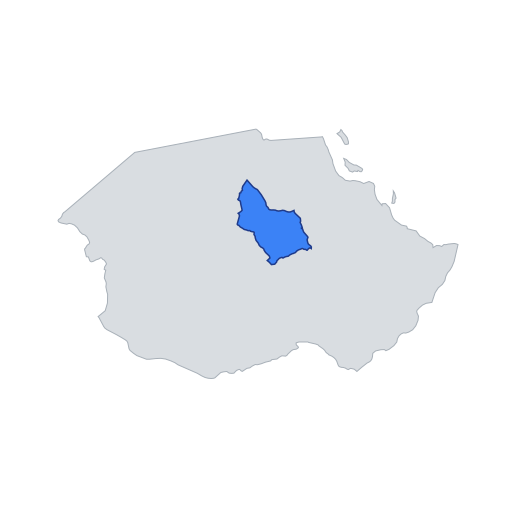 where Dodoma sits in United Republic of Tanzania, rotated 320°
{"feature_id": "TZA-3385", "entity_name": "Dodoma", "entity_type": "Region", "adm_level": 1, "iso_a3": "TZA", "parent_name": "United Republic of Tanzania", "parent_adm1": "", "projection": "orthographic", "projection_center": [35.912, -5.778], "detail": "fine", "context": "in_parent", "style": "filled", "palette": "blue", "viewbox_px": 512, "rotation_deg": 320, "n_neighbors": 0, "source": "natural_earth", "source_scale": "10m", "svg_char_len": 5923}
<svg xmlns="http://www.w3.org/2000/svg" viewBox="0 0 512 512"><g transform="rotate(320 256 256)"><path d="M199.8,345.8L195.0,343.4L190.7,341.9L187.2,340.2L185.6,338.6L182.3,337.9L179.4,337.7L176.8,336.2L171.4,335.6L170.8,334.6L170.6,332.4L169.7,331.8L167.7,331.2L165.6,331.3L164.3,331.6L163.5,331.4L161.7,330.1L160.1,328.4L159.4,325.7L156.9,324.0L154.1,322.6L146.1,322.9L144.9,322.4L143.0,321.1L140.7,318.8L138.9,316.3L137.3,312.8L135.6,308.0L126.3,289.2L125.3,285.6L123.4,281.7L120.5,276.8L117.3,273.2L113.1,270.0L108.3,266.8L105.7,264.6L100.7,255.7L99.6,251.6L98.8,247.3L99.1,245.5L102.1,239.9L102.4,238.3L102.0,236.2L100.5,231.8L98.5,226.4L94.5,216.7L93.9,214.2L94.0,212.3L96.1,202.3L96.1,200.9L105.3,201.0L111.9,196.6L117.7,190.0L118.9,187.3L121.2,183.1L123.5,181.0L124.4,179.5L125.7,175.3L128.8,172.5L131.8,170.3L131.1,168.7L131.6,168.2L133.2,167.0L136.4,166.0L137.0,163.8L137.0,161.3L136.4,160.0L136.5,158.4L136.0,157.5L134.0,157.3L130.9,156.1L128.3,155.6L126.5,154.9L125.9,154.3L125.6,152.9L127.0,149.0L125.6,147.5L128.7,141.1L129.3,140.4L130.5,140.3L132.3,139.6L134.0,139.2L135.4,139.5L136.5,139.2L137.4,138.5L138.1,136.3L138.8,132.7L138.4,129.8L137.1,127.6L136.7,124.2L137.3,119.6L136.8,115.7L135.3,112.7L133.8,110.9L131.5,110.0L127.9,105.4L126.8,103.2L127.0,101.7L128.2,101.1L130.5,101.3L132.7,100.8L134.7,99.5L136.7,99.1L137.7,99.3L229.7,98.7L337.4,158.7L337.9,159.4L338.7,164.6L338.5,166.3L336.9,169.3L336.4,170.8L336.4,171.9L336.8,172.4L338.2,172.5L339.4,173.2L339.8,173.8L340.7,176.0L341.9,177.2L382.6,206.8L383.6,207.3L383.0,209.7L380.6,215.7L380.5,218.2L379.6,221.2L378.7,223.1L376.3,231.5L374.3,234.7L371.6,242.1L371.2,247.7L372.6,251.7L373.1,255.4L376.2,259.1L378.7,260.4L380.4,262.1L383.4,265.9L385.1,269.7L390.5,271.6L392.6,275.9L391.8,278.9L389.3,281.3L386.9,285.2L385.0,290.4L384.9,298.3L386.2,297.1L389.0,299.1L389.3,304.9L386.3,311.7L385.4,314.9L385.2,317.6L387.3,325.8L390.5,329.9L390.2,331.2L389.4,332.3L394.8,339.7L394.3,346.0L396.3,351.0L397.1,355.3L398.4,358.6L398.7,360.9L397.0,363.4L401.0,364.0L403.3,366.1L404.4,368.1L407.3,368.0L408.8,369.4L411.0,370.5L416.0,373.9L417.3,375.6L418.1,377.1L404.3,387.5L399.3,390.1L395.7,391.4L391.9,392.0L388.3,393.6L384.9,396.2L380.6,397.5L375.3,397.5L369.7,399.2L360.9,404.6L355.9,401.6L351.9,400.6L347.3,400.7L344.5,401.1L343.5,401.7L342.6,403.5L341.8,406.5L338.8,409.4L333.5,412.2L328.6,413.2L324.2,412.5L321.2,411.3L319.6,409.7L317.3,409.0L314.3,409.1L311.3,410.2L308.5,412.4L304.0,413.3L297.9,413.0L294.6,412.0L294.2,410.2L291.5,408.1L286.6,405.6L282.9,405.6L280.6,407.9L278.5,409.4L276.6,410.0L274.8,410.0L272.3,409.4L265.6,409.2L259.1,409.3L258.5,405.9L257.1,403.9L256.0,402.7L253.8,402.4L253.1,401.4L252.4,399.3L251.3,397.6L249.8,396.1L248.9,394.7L248.6,393.5L248.9,392.1L250.2,388.6L250.6,386.3L250.4,383.9L249.7,381.4L248.2,378.4L248.3,377.6L247.8,375.6L247.7,374.2L248.0,372.4L247.7,370.1L246.4,365.2L246.4,363.9L245.0,361.6L240.7,355.9L240.5,355.2L233.7,349.5L231.0,348.3L230.0,349.4L229.7,350.3L230.0,352.2L229.8,353.1L229.5,353.5L227.9,353.4L226.9,353.2L224.4,351.7L222.4,351.3L217.4,351.6L215.7,352.0L214.3,351.7L211.7,349.1L208.7,348.5L205.9,348.4L201.4,345.5L199.8,345.8ZM391.3,250.9L393.5,257.2L393.2,258.4L391.6,259.1L390.8,259.1L389.8,258.1L389.2,256.0L388.0,256.5L385.9,254.0L383.9,253.8L382.2,250.8L382.9,248.2L382.5,243.7L384.7,241.4L385.9,237.6L387.3,240.2L387.6,244.3L389.5,249.2L391.3,250.9ZM402.3,213.7L402.5,215.2L402.0,216.6L402.1,221.0L401.9,224.0L400.2,228.0L398.9,229.5L397.6,229.0L396.6,228.4L395.9,227.2L397.5,219.8L396.7,214.3L399.9,214.8L402.3,213.7ZM397.2,304.0L395.6,304.4L395.0,304.0L394.0,302.7L395.7,301.7L397.4,299.7L401.2,296.7L403.0,294.4L402.7,296.7L400.5,301.7L398.7,302.1L397.2,304.0Z" fill="#d9dde1" stroke="#a8b0b8" stroke-width="1"/><path d="M314.4,245.5L313.5,247.0L313.4,248.7L314.2,255.6L312.6,258.0L311.4,258.6L310.7,261.4L310.1,262.9L309.9,263.5L309.6,264.1L309.2,264.0L308.7,263.9L308.7,264.4L309.0,264.8L309.0,265.6L308.6,266.2L307.9,268.4L308.0,273.7L307.9,275.0L305.5,276.5L304.2,279.1L303.8,280.4L304.0,281.9L304.4,283.3L304.2,284.7L303.1,285.8L302.9,285.1L302.7,284.6L302.2,284.3L301.5,284.2L300.2,284.2L299.4,284.4L299.0,284.5L298.7,284.3L298.6,284.1L298.5,283.5L298.4,283.3L298.2,283.0L297.9,282.4L297.6,282.2L297.2,281.9L297.0,281.7L296.8,281.1L296.6,280.5L296.2,279.9L295.6,279.7L295.0,279.6L292.4,278.6L292.0,278.5L291.3,278.6L291.0,278.5L290.8,278.4L290.3,278.3L288.6,278.7L288.0,278.6L286.9,278.2L286.4,278.1L285.9,277.9L285.4,277.6L285.1,277.5L282.6,276.9L281.6,276.9L280.6,276.9L278.5,275.7L277.1,275.2L275.7,275.0L275.3,274.8L275.3,274.3L274.9,273.7L274.3,273.4L272.9,272.9L271.5,272.8L270.5,273.0L269.5,273.0L268.7,273.2L268.1,273.8L265.1,274.3L262.3,272.5L262.2,269.4L261.7,266.7L265.4,266.5L266.2,264.5L265.6,259.5L265.9,256.9L266.4,255.9L266.4,254.9L266.2,253.7L265.6,252.7L265.3,250.1L266.0,247.5L266.1,244.1L267.1,241.6L267.9,240.5L268.1,239.4L268.3,238.2L269.2,237.4L269.8,236.7L269.5,235.8L268.5,234.7L267.7,233.5L267.7,233.0L267.6,232.5L267.3,232.4L267.1,232.2L266.8,231.9L266.3,231.6L265.8,230.7L265.4,229.8L264.6,228.9L264.0,228.0L263.5,226.0L263.0,224.8L262.6,223.6L262.6,222.5L262.5,221.4L261.9,220.4L262.1,219.5L269.2,214.6L269.5,213.8L270.0,212.8L269.8,211.8L270.2,211.8L270.6,212.0L273.3,212.2L274.8,212.0L275.4,210.9L277.5,206.8L278.9,204.5L279.2,203.4L278.7,202.3L278.5,201.8L278.5,201.3L278.6,200.8L278.9,200.7L279.5,200.9L281.8,199.3L283.1,198.1L283.4,197.6L283.9,197.3L284.4,197.5L284.9,197.8L285.6,197.4L286.3,196.9L287.8,197.0L288.7,195.5L289.0,195.2L289.7,194.8L290.6,194.1L297.9,192.1L298.1,200.8L298.4,202.4L298.9,204.1L299.6,205.6L299.7,206.5L299.4,212.5L298.3,219.6L297.7,221.6L296.7,223.1L296.1,224.7L296.4,226.5L295.9,228.2L296.3,229.5L297.4,230.7L298.9,231.9L300.3,233.3L301.1,234.8L302.2,236.1L304.0,237.2L305.8,238.1L307.0,239.5L307.8,241.2L308.9,242.9L310.4,244.2L312.3,244.9L314.4,245.5Z" fill="#3b82f6" stroke="#1e3a8a" stroke-width="1.5"/></g></svg>